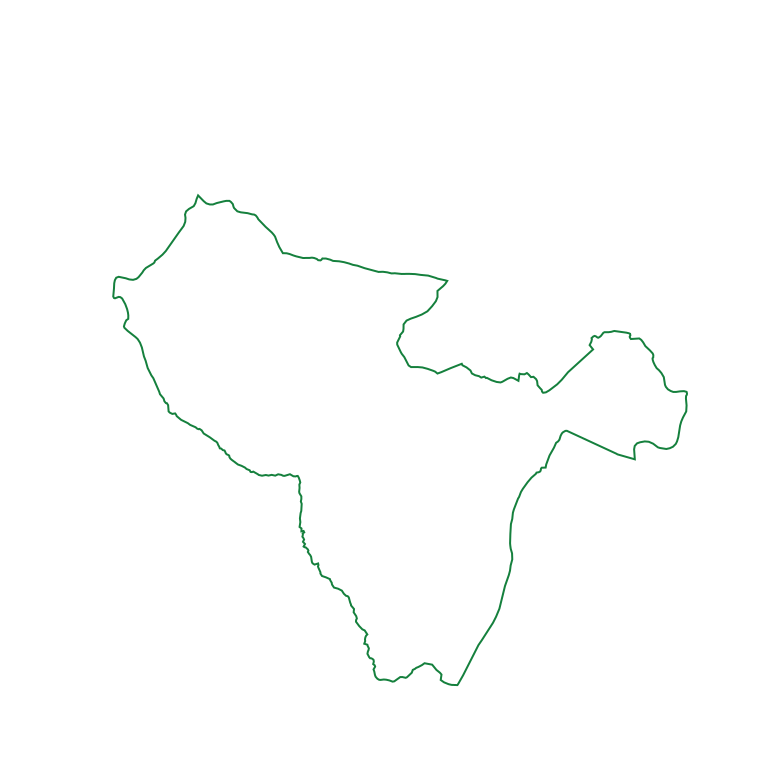 the district of Svay Chrum, Svay Rieng, Cambodia, rotated 315°
{"feature_id": "14789045B97733863188211", "entity_name": "Svay Chrum", "entity_type": "district", "adm_level": 2, "iso_a3": "KHM", "parent_name": "Cambodia", "parent_adm1": "Svay Rieng", "projection": "robinson", "projection_center": [105.695, 11.124], "detail": "fine", "context": "isolated", "style": "outline", "palette": "green", "viewbox_px": 768, "rotation_deg": 315, "n_neighbors": 0, "source": "geoboundaries", "source_scale": "gbopen_adm2", "svg_char_len": 6166}
<svg xmlns="http://www.w3.org/2000/svg" viewBox="0 0 768 768"><g transform="rotate(315 384 384)"><path d="M223.0,648.8L224.5,648.5L234.0,645.9L266.2,635.4L272.1,634.3L292.3,629.9L298.7,627.8L306.7,624.5L326.7,612.4L337.1,607.4L341.1,605.1L345.2,601.9L350.7,598.7L354.8,594.3L357.1,590.1L359.0,587.6L360.5,585.8L367.4,579.3L374.7,572.8L379.3,570.1L384.1,566.2L387.2,564.5L397.8,559.8L399.6,559.4L404.5,557.2L408.1,556.3L416.0,555.0L422.0,554.5L427.9,554.9L429.2,554.5L431.0,555.8L432.7,556.3L434.2,555.6L435.1,554.9L436.3,554.7L439.2,557.4L441.8,555.6L450.5,551.6L459.2,549.2L464.1,547.3L466.5,547.7L468.7,547.4L472.3,545.5L474.9,544.7L476.5,544.7L479.1,545.4L480.2,546.4L499.1,597.8L499.3,598.8L508.1,614.6L514.7,607.0L517.5,605.1L521.0,604.9L523.9,606.3L527.8,609.0L530.4,612.1L532.1,616.5L532.9,622.5L533.9,624.4L537.7,629.6L540.7,631.5L544.0,632.7L548.0,632.7L550.6,631.8L554.5,629.7L564.1,622.7L567.7,620.7L571.7,619.1L578.3,617.1L582.8,613.1L587.3,607.7L589.1,606.1L590.6,605.7L591.6,604.9L592.4,603.5L591.1,601.2L588.1,598.5L585.0,596.2L582.9,594.1L581.8,591.7L581.0,588.5L581.3,585.3L582.1,583.3L586.7,577.0L587.9,572.4L588.2,568.7L588.0,565.6L588.9,562.0L590.0,559.0L591.1,556.9L592.1,555.7L593.1,555.6L594.9,554.0L595.6,552.4L595.8,548.2L595.6,542.0L596.7,537.8L597.1,534.7L596.7,532.3L590.4,526.8L590.7,525.0L591.3,524.2L592.6,523.8L593.5,522.5L593.0,521.2L591.7,519.1L584.3,509.3L581.6,507.8L579.6,506.3L576.6,503.3L575.3,502.9L571.4,503.4L569.5,503.2L568.1,502.7L567.7,501.5L567.6,500.4L567.0,499.0L565.7,498.4L563.2,498.3L562.7,499.3L560.5,500.7L556.9,501.9L556.3,507.4L522.5,505.8L512.6,506.7L506.2,506.7L496.5,505.4L492.6,504.4L490.3,502.7L490.4,501.1L491.4,499.6L491.4,497.7L491.7,493.5L494.3,490.2L495.0,488.1L494.8,484.6L492.8,483.1L493.0,479.4L492.8,477.3L490.2,476.5L487.8,473.8L487.2,472.6L485.9,473.3L481.3,476.8L479.7,471.3L478.3,469.1L475.1,467.7L469.2,466.1L467.5,465.3L465.1,462.2L462.7,457.4L461.1,452.4L460.3,451.9L460.2,449.8L457.3,448.2L456.7,445.6L454.7,442.3L453.6,438.7L454.7,435.6L454.1,430.6L452.7,426.2L453.3,424.7L442.3,419.9L432.8,416.1L429.2,414.4L428.9,411.4L428.2,409.6L425.6,404.2L422.9,399.5L419.7,395.7L415.1,391.2L414.5,388.3L417.4,379.3L417.9,375.2L418.4,373.4L421.2,365.5L422.6,364.0L429.1,361.8L429.7,360.8L434.6,360.4L436.8,358.8L440.0,355.7L444.8,355.1L449.1,356.7L454.2,359.2L459.9,361.6L466.1,363.3L473.1,363.0L479.3,362.1L483.3,360.4L487.6,356.0L495.1,356.6L498.3,356.5L501.6,355.8L500.7,354.1L496.4,347.4L495.7,345.7L491.9,338.6L487.1,332.8L483.8,328.4L479.4,323.6L474.4,318.8L470.0,313.4L467.5,311.1L465.3,307.4L462.6,303.9L459.4,300.9L452.2,288.4L448.9,281.6L446.3,277.8L444.5,274.1L441.9,269.6L439.1,265.6L435.0,260.9L433.9,258.1L431.7,254.3L429.2,251.7L427.4,251.9L426.5,251.7L425.0,249.9L424.9,248.1L423.7,245.5L422.4,243.7L420.5,242.2L415.8,237.6L412.2,231.7L410.8,229.0L409.2,225.4L407.6,222.7L405.0,220.0L406.8,213.2L408.7,208.2L411.2,202.7L411.6,200.4L411.8,197.5L411.4,189.2L411.6,178.7L412.2,176.7L412.5,174.2L412.0,172.4L410.7,170.8L408.4,166.8L404.1,161.3L402.4,158.2L402.4,153.7L402.9,152.3L404.3,149.9L404.5,147.0L404.2,145.2L402.0,143.0L399.8,141.5L393.7,137.8L390.0,136.1L387.8,133.9L386.1,130.7L385.8,127.3L385.9,119.2L382.3,120.7L378.5,122.8L375.2,123.7L369.9,122.3L366.1,122.0L363.1,123.5L361.1,126.2L358.1,128.8L354.0,130.6L346.0,131.8L323.7,135.7L318.8,135.9L312.7,135.4L309.3,134.9L307.6,135.7L306.3,135.7L297.7,133.6L294.5,133.7L291.9,134.3L286.0,134.9L283.3,134.6L280.2,132.9L277.8,129.9L276.2,126.7L272.2,120.6L269.8,119.5L267.1,120.3L264.5,122.0L260.4,125.7L254.4,130.7L253.9,132.3L254.4,133.2L258.0,134.8L259.0,136.2L259.3,138.4L257.5,144.6L255.3,149.4L253.4,152.5L251.7,154.7L249.2,157.1L246.8,156.7L243.5,157.9L240.8,159.4L240.2,160.7L240.3,165.2L241.5,175.2L241.6,178.0L240.7,182.2L238.6,187.0L233.8,194.7L231.9,199.0L228.2,205.6L225.6,213.4L225.0,216.8L219.6,230.5L218.4,232.8L217.9,238.4L216.5,241.0L216.3,243.3L216.9,244.0L216.4,246.3L212.3,251.1L212.3,252.9L213.2,255.5L215.5,257.1L215.3,258.6L214.7,260.2L215.2,265.9L217.6,273.0L218.0,275.8L220.2,281.4L220.3,283.4L220.9,284.8L221.8,285.3L222.3,287.8L221.5,291.5L223.1,298.3L224.0,304.2L224.6,306.1L224.6,307.6L223.5,310.3L223.2,311.7L222.4,313.4L223.2,314.5L223.3,316.8L224.2,318.2L223.9,319.4L223.3,320.6L223.0,322.3L223.7,324.1L223.9,325.1L222.9,326.7L222.6,328.2L222.7,329.9L223.8,337.7L225.4,341.1L226.6,344.8L226.7,346.9L228.0,350.0L227.5,351.8L228.3,352.9L229.6,353.5L231.0,358.6L231.1,359.7L232.9,362.6L236.1,364.8L237.6,367.1L240.3,368.8L242.3,371.9L245.3,373.0L247.1,375.6L247.8,377.6L248.8,378.7L253.7,381.3L254.7,385.2L256.2,386.9L257.3,387.4L258.0,388.0L257.5,390.0L256.3,392.5L255.2,394.4L253.0,395.3L250.8,397.8L247.8,400.2L247.0,401.4L246.1,405.0L244.2,406.9L242.1,408.3L241.1,410.5L235.7,415.3L233.8,416.3L229.5,419.6L227.2,422.5L223.2,425.4L223.5,427.8L221.4,429.8L223.2,431.0L222.7,432.5L220.8,432.2L220.1,433.2L218.3,434.3L218.2,435.5L217.5,437.5L215.1,438.3L215.0,441.3L212.2,442.1L212.4,443.2L213.1,444.1L213.2,447.1L212.7,448.4L211.4,448.9L210.9,451.4L210.9,452.5L210.3,454.6L207.3,458.7L206.8,459.8L206.8,461.0L207.2,462.6L210.5,464.3L209.6,465.7L208.3,466.3L207.8,467.3L205.9,472.2L205.0,473.1L204.4,475.9L206.3,479.8L207.8,483.8L207.2,484.7L206.5,487.6L205.9,488.3L205.4,489.2L204.7,492.6L206.8,496.3L208.1,500.3L207.3,503.9L207.4,506.9L208.3,508.4L208.2,510.0L205.5,514.7L204.7,516.6L204.1,517.3L203.7,521.9L201.1,524.0L200.2,528.5L199.0,530.6L197.3,531.2L196.1,532.3L195.3,537.6L195.2,542.1L196.1,544.6L195.1,549.3L193.5,549.3L191.8,549.9L190.0,551.1L188.9,552.5L186.4,553.7L187.9,556.6L187.2,557.8L186.4,560.2L184.6,561.4L183.7,561.6L181.5,563.1L180.3,566.9L180.3,568.2L181.0,568.9L181.5,570.3L181.5,571.8L180.4,573.2L178.3,574.4L178.5,576.3L177.9,577.6L174.8,578.4L173.9,580.3L171.9,583.3L171.1,585.0L170.9,587.7L171.4,589.7L172.3,590.8L174.9,592.8L176.5,594.7L178.2,597.4L179.6,600.5L181.0,601.5L188.2,602.7L189.7,604.1L191.6,607.1L192.9,607.6L199.5,607.8L202.2,606.5L204.4,607.3L206.1,607.5L208.2,608.4L212.1,609.6L215.2,610.1L219.6,616.5L218.9,623.3L219.4,627.7L219.2,630.1L214.8,633.4L215.5,637.4L217.4,641.9L219.0,644.5L223.0,648.8Z" fill="none" stroke="#15803d" stroke-width="2"/></g></svg>